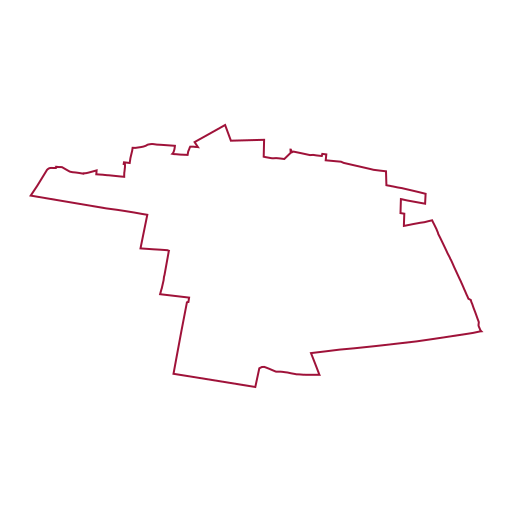 the district of Deveselu, Olt, Romania
{"feature_id": "2599482B83745956221005", "entity_name": "Deveselu", "entity_type": "district", "adm_level": 2, "iso_a3": "ROU", "parent_name": "Romania", "parent_adm1": "Olt", "projection": "natural_earth1", "projection_center": [24.397, 44.055], "detail": "fine", "context": "isolated", "style": "outline", "palette": "rose", "viewbox_px": 512, "rotation_deg": 0, "n_neighbors": 0, "source": "geoboundaries", "source_scale": "gbopen_adm2", "svg_char_len": 3751}
<svg xmlns="http://www.w3.org/2000/svg" viewBox="0 0 512 512"><path d="M319.4,374.8L319.3,374.6L319.1,374.1L318.5,372.4L315.0,363.3L311.0,353.1L326.0,351.3L339.7,349.6L354.2,348.3L375.2,346.1L382.4,345.3L416.5,341.4L434.4,338.8L468.1,333.7L473.1,332.9L480.1,331.4L481.3,331.3L480.9,330.9L480.3,330.0L479.8,328.8L479.3,327.6L478.8,326.5L478.5,325.3L478.5,324.9L478.6,324.3L478.8,322.2L478.7,321.8L477.5,318.6L476.3,315.2L475.1,311.9L473.7,308.3L473.1,306.6L472.3,304.2L471.4,302.1L471.0,300.8L470.9,300.4L470.8,300.0L468.4,298.7L467.6,296.8L467.1,295.7L466.6,294.7L465.0,290.9L464.2,289.2L463.5,287.5L462.5,285.2L461.9,283.8L461.5,283.0L460.8,281.3L460.2,280.1L459.1,277.8L458.6,276.7L457.3,273.9L456.2,271.5L455.0,268.9L454.2,267.2L452.5,263.3L451.0,260.0L450.4,259.0L450.2,258.6L450.0,258.0L449.6,257.2L449.1,256.2L448.4,254.9L447.5,253.2L446.7,251.4L445.1,248.0L444.0,245.7L443.0,243.6L440.1,237.6L438.3,234.1L438.1,233.4L438.0,233.0L437.9,232.6L437.6,231.9L436.9,230.3L436.6,229.4L433.8,223.7L433.2,222.6L432.1,220.3L428.3,221.2L424.4,222.2L420.0,222.8L417.4,223.3L414.6,223.8L412.5,224.2L410.1,224.7L407.5,225.2L405.6,225.6L404.4,225.8L403.9,225.9L403.9,224.7L404.0,222.0L404.1,219.2L404.3,213.7L400.5,213.1L400.9,199.1L407.4,200.5L425.1,203.7L425.6,193.8L419.2,192.2L412.9,190.7L408.6,189.7L404.3,188.7L401.8,188.1L400.5,187.9L399.9,187.8L398.0,187.5L396.5,187.2L395.7,187.0L394.2,186.7L392.8,186.4L391.5,186.2L390.3,185.9L389.6,185.8L389.1,185.7L388.4,185.6L387.8,185.5L386.4,185.2L386.0,171.3L379.9,170.6L373.5,169.8L370.7,169.1L361.6,167.0L358.6,166.3L357.2,166.0L343.7,162.9L341.0,161.7L336.5,161.3L325.7,160.3L326.3,154.4L322.3,153.9L321.8,156.0L319.1,155.7L316.4,155.4L313.2,154.9L310.0,155.1L301.7,153.3L293.5,151.6L292.1,152.2L290.8,149.6L290.5,149.6L290.7,152.8L284.3,159.0L279.5,158.4L276.3,158.1L272.9,158.3L271.5,158.2L265.4,157.1L263.7,156.7L264.1,139.8L230.9,140.7L225.1,125.0L224.4,125.4L199.2,139.5L195.1,141.8L194.6,142.1L197.9,147.1L197.2,147.0L195.1,146.9L193.5,146.7L191.3,146.7L190.2,146.7L189.7,147.7L189.1,149.4L188.3,151.2L188.1,152.0L187.6,154.9L180.4,154.6L176.1,154.2L173.9,154.1L172.4,153.8L172.8,153.4L173.2,152.8L173.8,151.4L174.4,149.4L174.7,147.6L174.8,146.9L174.9,145.8L160.9,144.8L156.8,144.6L154.1,144.2L153.3,144.1L152.1,144.0L150.9,144.1L148.9,144.4L147.6,144.7L145.7,145.8L143.3,146.6L140.8,147.1L138.0,147.5L135.4,147.9L132.6,147.8L132.2,150.6L131.0,155.6L130.4,158.2L129.7,163.0L124.0,162.3L123.7,164.0L124.9,164.3L125.0,165.5L124.9,167.9L124.8,168.2L124.7,169.5L124.4,172.1L124.3,172.4L124.2,174.8L124.2,176.8L119.7,176.4L109.1,175.3L107.0,175.2L105.3,175.0L104.1,174.9L103.5,174.8L102.5,174.7L100.8,174.6L96.3,174.3L96.6,170.4L93.0,171.4L88.2,172.7L85.9,173.2L83.5,173.3L83.4,173.7L80.5,173.2L78.6,172.9L75.8,172.5L72.5,172.2L70.1,171.7L69.6,171.5L68.0,170.6L66.4,169.7L62.1,167.2L61.2,167.1L57.1,167.0L56.9,167.0L56.8,166.8L56.5,166.8L56.7,167.1L56.1,167.9L55.8,167.9L55.6,168.0L54.0,168.0L53.1,168.0L51.6,167.9L50.2,168.0L49.1,168.3L48.0,169.0L47.5,169.4L46.9,170.0L46.2,171.2L37.3,185.7L30.7,195.6L106.3,208.4L117.0,209.8L124.2,210.9L134.1,212.5L141.8,213.9L147.3,214.8L142.4,238.9L140.5,248.4L153.4,249.3L160.4,249.7L167.4,250.2L168.9,250.8L168.8,251.1L164.5,275.0L164.0,276.8L163.6,280.2L161.7,288.6L161.5,289.0L160.1,294.2L189.1,297.6L188.4,302.0L187.3,302.1L187.1,302.2L186.9,302.4L186.9,302.5L182.1,327.4L181.5,330.5L176.4,358.0L173.5,373.8L185.4,375.7L255.3,387.0L259.3,368.3L260.7,367.6L261.9,367.0L264.3,366.9L266.7,367.8L269.5,368.9L272.5,370.2L275.1,371.3L276.2,371.7L279.0,371.7L280.9,371.7L282.9,371.9L284.9,372.2L287.5,372.5L291.1,373.3L295.0,374.0L296.4,374.3L299.5,374.4L302.9,374.7L306.5,374.8L312.1,374.8L314.9,374.8L319.4,374.8Z" fill="none" stroke="#9f1239" stroke-width="2"/></svg>